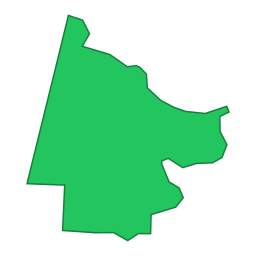 Cole, Missouri, United States of America
{"feature_id": "52423323B5889391019890", "entity_name": "Cole", "entity_type": "district", "adm_level": 2, "iso_a3": "USA", "parent_name": "United States of America", "parent_adm1": "Missouri", "projection": "equal_earth", "projection_center": [-92.198, 38.531], "detail": "fine", "context": "isolated", "style": "filled", "palette": "green", "viewbox_px": 256, "rotation_deg": 0, "n_neighbors": 0, "source": "geoboundaries", "source_scale": "gbopen_adm2", "svg_char_len": 614}
<svg xmlns="http://www.w3.org/2000/svg" viewBox="0 0 256 256"><path d="M226.7,106.3L205.2,113.5L185.5,111.4L173.8,107.3L160.9,100.5L147.3,87.9L146.4,74.2L139.8,67.2L136.2,65.7L127.2,66.7L110.0,54.6L82.3,46.3L89.5,33.8L82.6,20.2L68.4,15.4L53.7,75.7L53.6,75.9L27.0,183.7L64.7,185.1L62.6,230.5L95.3,232.7L113.6,232.6L127.7,240.6L138.2,233.6L150.6,233.7L151.1,214.6L175.7,207.1L183.2,197.7L179.2,188.0L169.1,181.9L161.8,164.4L161.7,161.0L168.2,158.3L182.7,167.6L196.8,163.4L212.6,162.8L222.0,157.5L226.9,144.6L220.1,131.6L219.8,116.5L229.0,112.0L226.7,106.3Z" fill="#22c55e" stroke="#15803d" stroke-width="1.5"/></svg>